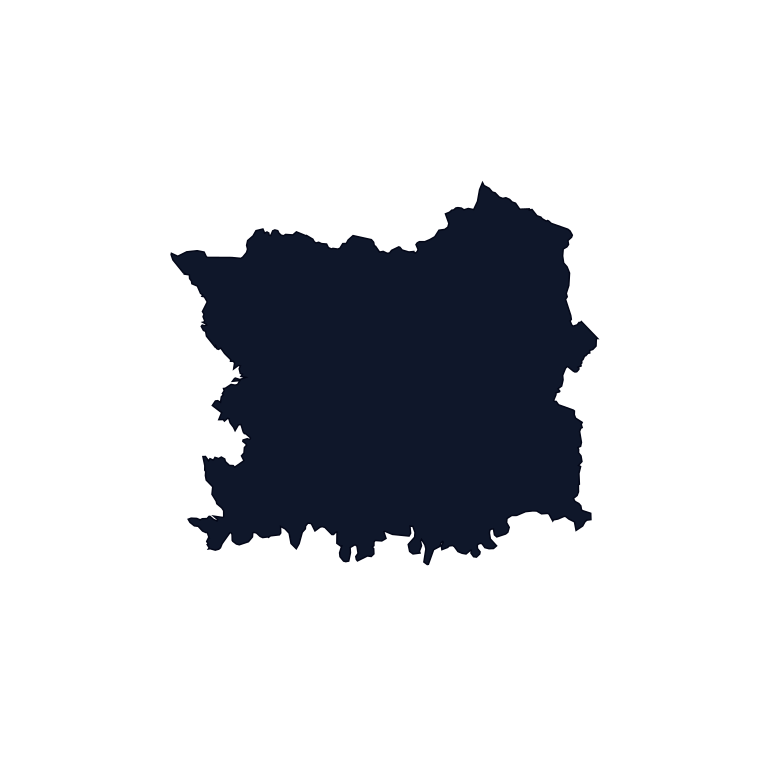 Ahuatlán, Puebla, Mexico (Albers equal-area conic projection), rotated 49°
{"feature_id": "50627088B15804587261784", "entity_name": "Ahuatlán", "entity_type": "district", "adm_level": 2, "iso_a3": "MEX", "parent_name": "Mexico", "parent_adm1": "Puebla", "projection": "albers", "projection_center": [-98.289, 18.572], "detail": "fine", "context": "isolated", "style": "filled", "palette": "ink", "viewbox_px": 768, "rotation_deg": 49, "n_neighbors": 0, "source": "geoboundaries", "source_scale": "gbopen_adm2", "svg_char_len": 6170}
<svg xmlns="http://www.w3.org/2000/svg" viewBox="0 0 768 768"><g transform="rotate(49 384 384)"><path d="M563.5,282.3L561.2,280.1L559.1,279.4L560.0,276.5L557.6,273.3L548.1,267.5L546.5,264.5L546.9,263.0L543.9,261.7L543.0,259.6L535.5,261.8L532.1,260.6L529.3,258.0L528.0,258.2L514.2,265.9L510.1,265.5L509.1,266.7L507.7,266.8L505.0,261.4L503.5,259.9L505.0,256.7L504.7,256.0L501.7,255.9L502.1,251.3L498.4,246.2L494.7,243.5L491.2,236.7L491.0,234.4L491.8,233.8L498.4,232.7L500.2,232.0L501.2,230.5L500.8,227.4L500.0,226.6L498.6,226.6L499.7,223.4L498.0,222.4L497.9,220.9L496.0,219.4L496.1,217.8L494.4,214.1L495.0,213.3L494.6,209.9L495.6,208.4L493.6,206.8L494.9,203.8L494.5,199.1L489.8,194.7L489.2,193.5L489.8,192.9L466.3,194.1L466.5,195.5L465.5,196.4L466.1,199.4L464.4,203.4L462.6,203.6L458.5,202.2L458.1,200.2L454.8,198.1L439.1,191.4L438.4,188.5L435.2,187.0L430.9,179.9L422.0,171.2L415.8,169.0L410.5,169.0L404.6,165.2L399.7,160.2L400.5,156.0L399.8,153.2L396.4,151.1L396.3,146.2L395.2,144.2L390.5,143.2L387.8,143.7L372.5,152.4L369.0,152.8L367.9,153.3L367.5,154.7L363.0,156.2L361.0,156.1L357.4,158.2L349.4,157.8L348.1,160.2L347.2,159.4L341.1,166.9L333.8,166.1L330.7,167.9L327.1,168.1L323.4,169.8L321.9,172.6L318.6,174.4L312.6,174.7L310.2,176.3L305.4,176.2L299.8,178.3L296.6,177.5L300.0,184.3L307.5,193.6L311.2,201.9L306.8,205.3L305.0,209.4L302.0,210.2L299.4,212.5L298.3,214.3L298.3,217.5L297.3,218.6L297.3,221.9L295.9,226.0L305.4,229.7L307.5,232.9L307.2,236.7L304.0,241.6L306.2,249.1L305.1,254.6L303.4,259.8L299.8,263.9L299.3,266.3L299.8,268.4L304.8,270.0L305.8,272.0L305.8,274.3L304.6,275.1L303.6,274.5L300.7,278.6L294.8,282.4L291.3,282.3L290.2,282.9L288.1,290.6L288.8,293.9L287.4,295.9L283.4,297.6L281.5,300.8L274.4,300.0L273.4,300.7L270.2,298.8L266.8,298.8L251.7,310.0L251.8,316.6L253.2,320.3L251.0,323.0L252.6,328.2L251.9,330.3L248.1,333.6L247.7,335.0L244.6,336.5L240.7,335.5L237.0,339.1L234.2,340.3L232.9,342.9L230.8,343.3L228.0,342.7L221.1,345.0L221.2,345.5L211.7,350.3L211.7,355.0L206.6,360.1L206.2,362.6L204.2,364.0L201.1,364.3L198.6,363.6L196.1,365.3L195.4,367.5L197.7,372.2L195.9,373.0L194.5,371.9L192.5,372.6L191.8,375.1L187.6,373.7L184.3,380.0L186.3,385.7L186.3,392.8L189.2,396.7L192.7,398.5L194.6,401.5L195.6,407.4L195.3,409.6L188.6,416.0L172.5,434.3L171.4,434.6L166.4,433.2L160.9,437.5L154.8,446.2L152.3,455.8L145.9,458.7L146.7,459.8L151.9,461.9L168.7,462.5L170.2,461.7L170.3,462.4L173.9,459.3L177.0,461.6L179.8,461.7L182.3,463.2L187.6,460.6L195.2,463.0L197.8,462.3L198.3,463.9L200.3,462.4L206.1,463.5L210.2,473.5L213.2,474.0L214.5,476.4L218.5,477.8L219.2,479.0L218.5,480.3L222.1,478.9L223.2,479.2L222.2,481.3L220.3,482.5L220.6,484.1L225.1,485.1L227.3,484.1L231.4,486.6L245.3,487.2L244.7,485.9L247.6,487.0L249.2,486.3L249.9,483.6L256.4,484.3L265.1,483.7L266.1,484.9L268.2,482.7L270.2,483.1L274.0,487.6L274.4,481.8L276.1,480.5L277.5,483.3L281.7,485.5L283.8,484.4L284.4,487.0L288.4,483.9L286.1,489.8L282.0,492.3L281.8,493.3L282.5,496.6L286.9,490.5L288.3,494.8L287.2,497.1L284.0,499.7L283.1,506.6L282.1,508.1L284.3,509.1L285.2,512.3L286.8,512.3L286.9,515.1L290.6,519.4L287.5,520.4L286.2,522.4L287.6,527.7L299.1,525.3L302.5,532.1L305.4,528.6L307.3,528.8L307.3,524.4L308.6,523.9L312.3,525.6L318.0,526.0L321.5,527.0L319.3,520.6L320.8,518.5L327.8,521.7L329.8,521.9L330.5,521.1L336.8,520.1L337.5,520.6L337.7,521.9L335.6,523.1L333.8,527.1L334.7,528.2L338.4,527.5L340.0,527.9L340.4,531.1L344.2,534.9L344.7,538.7L350.0,540.0L348.8,551.4L346.7,551.3L344.0,554.1L338.4,554.6L336.1,553.4L332.4,554.7L331.8,557.7L328.5,559.7L329.4,562.3L329.0,563.0L326.2,564.3L326.8,566.8L321.6,566.3L320.0,568.3L328.2,572.9L331.4,575.8L333.1,576.0L336.0,578.9L339.9,581.2L349.2,580.7L354.4,586.2L362.3,587.5L364.7,588.7L371.0,587.7L374.4,588.1L379.2,592.2L378.8,593.4L372.0,599.2L377.1,598.4L377.8,599.9L374.5,601.5L369.7,602.2L369.1,603.0L369.5,605.8L366.5,609.5L365.9,611.9L362.6,613.5L358.7,617.6L357.6,620.5L361.2,621.2L366.6,620.2L369.5,617.6L375.9,617.4L379.2,615.9L380.1,614.8L385.4,616.9L384.9,617.3L386.5,621.1L389.5,621.6L389.2,622.8L392.9,623.4L393.3,624.8L394.2,623.3L398.7,620.3L400.3,617.0L400.3,614.9L398.3,610.9L395.1,597.7L395.9,597.0L397.8,597.3L402.4,601.1L403.5,601.3L407.9,600.4L410.4,598.7L414.1,589.8L413.1,583.6L410.3,580.8L410.6,579.6L412.7,578.0L417.7,577.5L420.3,576.3L423.1,572.1L424.0,571.8L424.1,569.3L429.2,561.9L428.7,559.7L423.6,555.5L428.4,553.7L434.4,553.5L443.4,558.8L450.8,558.3L448.8,552.8L442.3,543.0L441.7,538.4L439.7,536.3L439.1,532.8L440.9,531.0L441.9,530.5L449.6,532.5L450.1,526.1L451.1,524.2L453.4,522.7L463.4,522.1L464.5,520.8L464.2,517.7L464.9,516.6L473.3,524.1L478.0,523.0L478.5,522.2L482.3,528.3L485.5,530.5L491.1,530.7L493.0,529.4L494.5,526.8L489.3,520.0L485.2,516.9L486.3,511.2L488.7,510.8L493.4,513.8L494.8,514.7L495.7,518.5L498.3,520.0L500.1,520.1L502.9,509.3L505.8,506.8L505.6,503.1L501.5,499.8L499.3,499.8L499.4,497.7L496.7,495.3L496.3,493.3L501.0,488.6L501.9,483.8L495.4,481.1L495.8,479.9L503.0,476.3L515.2,464.8L514.1,461.8L508.3,457.7L510.3,455.6L516.4,458.0L519.7,461.4L521.0,471.0L527.2,474.5L531.3,473.6L535.2,467.7L533.4,466.9L530.7,461.8L526.8,459.7L525.9,457.6L532.3,458.7L536.0,460.6L544.5,470.7L548.6,469.8L549.2,468.8L541.6,455.3L543.2,448.4L541.2,445.1L541.4,443.0L542.5,443.3L544.0,447.1L547.0,449.0L549.1,443.2L549.0,441.0L550.9,438.2L552.8,437.6L559.0,438.1L563.0,436.1L566.1,433.6L566.2,428.0L566.8,427.3L568.7,429.3L573.1,429.7L575.3,427.8L575.1,423.3L573.7,421.6L569.5,421.4L566.9,419.4L566.7,417.7L567.8,415.4L569.0,414.8L573.7,415.2L577.2,412.8L580.0,409.3L580.0,405.2L570.7,405.4L565.6,402.2L563.7,400.0L564.0,397.9L565.2,396.5L570.3,399.6L573.4,399.2L577.0,390.6L577.1,387.8L574.3,383.5L569.0,382.4L566.2,379.4L567.0,373.9L570.2,370.1L573.2,360.9L577.4,354.9L580.0,352.1L585.3,350.3L589.0,345.4L590.5,344.8L598.1,346.5L597.7,345.3L600.0,341.3L602.1,334.8L603.2,333.8L607.2,333.1L613.0,330.7L620.5,335.1L621.5,327.2L619.9,322.9L619.8,320.3L622.1,316.8L617.2,312.8L609.7,317.3L608.4,317.4L605.1,315.4L602.0,315.4L597.9,316.9L594.6,316.2L594.8,311.4L593.0,308.0L587.7,303.5L587.8,302.3L579.4,295.6L575.3,289.8L573.0,290.6L572.4,285.5L567.5,282.5L563.5,282.3Z" fill="#0f172a" stroke="#020617" stroke-width="1.5"/></g></svg>